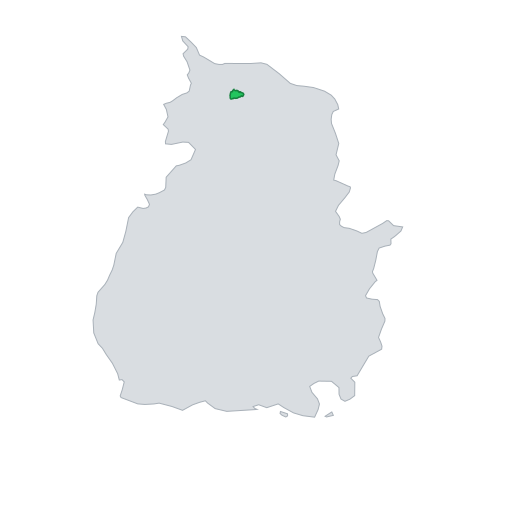 Ban Lung, Rôtânôkiri, Cambodia (highlighted), rotated 292°
{"feature_id": "14789045B59370140697229", "entity_name": "Ban Lung", "entity_type": "district", "adm_level": 2, "iso_a3": "KHM", "parent_name": "Cambodia", "parent_adm1": "Rôtânôkiri", "projection": "albers", "projection_center": [107.039, 13.672], "detail": "fine", "context": "in_parent", "style": "filled", "palette": "green", "viewbox_px": 512, "rotation_deg": 292, "n_neighbors": 0, "source": "geoboundaries", "source_scale": "gbopen_adm2", "svg_char_len": 4959}
<svg xmlns="http://www.w3.org/2000/svg" viewBox="0 0 512 512"><g transform="rotate(292 256 256)"><path d="M431.7,104.6L432.8,108.5L429.9,115.9L426.9,122.6L421.1,128.4L420.9,132.7L418.9,145.6L419.7,149.7L421.0,153.1L422.9,155.0L427.9,167.6L432.5,179.0L437.0,188.3L437.8,194.3L433.7,209.3L428.9,223.1L429.3,230.0L431.4,236.9L433.7,246.1L434.5,257.8L433.3,265.5L431.1,270.2L427.0,275.1L423.3,277.6L419.0,273.5L415.5,273.3L410.8,274.5L407.1,276.4L399.6,283.6L391.3,290.6L379.8,292.3L375.4,297.5L370.6,298.2L361.5,298.4L355.5,299.6L355.8,302.2L355.3,314.5L355.4,317.4L354.5,318.1L350.3,318.5L343.4,316.6L333.9,313.5L327.2,313.0L323.8,318.3L321.7,320.4L319.1,320.7L316.5,321.7L315.6,324.0L315.3,327.0L316.6,332.1L317.0,340.2L316.7,345.7L319.1,349.3L333.5,361.1L337.8,364.0L338.3,365.8L335.7,372.2L337.9,381.1L333.4,381.0L325.8,377.1L322.2,374.7L317.9,376.6L316.3,376.2L313.4,371.8L309.5,367.2L305.6,366.9L297.1,368.6L288.5,369.8L285.2,369.8L283.9,370.6L278.8,377.3L276.7,376.1L268.1,373.5L260.2,372.4L258.5,374.2L259.4,379.7L261.1,385.0L260.1,387.3L255.7,390.0L249.9,395.1L246.4,399.0L243.9,399.9L235.1,399.7L226.4,400.1L222.9,403.8L219.6,406.6L216.7,407.4L205.4,398.1L182.8,394.6L180.4,390.5L178.2,389.7L176.0,394.9L163.5,399.8L158.4,396.7L154.6,392.9L155.2,388.4L158.9,384.8L165.1,382.2L168.1,372.9L163.5,361.0L159.5,357.4L155.2,354.6L150.5,359.0L146.6,366.5L142.5,370.3L136.8,371.1L128.5,370.7L125.5,359.3L124.6,349.6L125.9,338.5L127.2,332.0L119.4,322.8L119.1,314.2L115.3,309.7L114.2,311.9L114.2,314.4L113.2,312.6L101.0,287.1L99.2,275.3L101.5,266.3L102.8,263.3L99.2,258.5L94.3,253.0L85.4,245.7L85.0,234.5L83.3,221.3L80.6,216.8L76.7,208.5L74.6,201.8L74.2,183.9L75.4,182.5L81.7,182.1L89.9,181.0L91.2,178.1L89.8,175.7L95.1,171.8L102.7,163.1L108.6,154.0L112.9,148.2L115.5,142.5L123.9,134.4L135.6,128.9L143.4,127.7L151.6,125.9L159.5,123.3L163.2,123.1L172.8,126.5L178.0,127.4L183.5,127.5L189.2,127.9L194.2,127.6L206.1,125.4L218.7,127.4L230.0,126.1L243.9,123.5L250.8,125.3L257.0,128.0L257.8,133.5L259.2,136.0L261.3,137.9L264.0,137.9L267.6,134.1L270.6,130.3L271.6,129.6L271.7,131.5L273.2,135.7L275.8,139.9L278.5,142.7L282.9,146.4L285.8,146.6L295.4,143.2L309.7,148.3L311.3,150.8L315.9,156.0L320.9,159.7L332.1,160.0L336.1,150.9L334.2,145.4L327.8,135.8L326.1,130.1L328.2,129.1L338.9,128.1L340.7,127.0L343.1,120.8L346.0,121.5L352.0,122.3L358.3,118.0L362.0,113.6L364.0,115.6L366.3,118.8L368.7,120.6L373.2,123.3L378.2,127.1L381.3,130.8L383.8,132.3L390.2,131.2L391.9,131.4L395.6,126.9L398.2,124.4L400.4,125.1L403.6,125.1L410.3,119.3L414.1,114.1L416.2,112.6L422.2,115.2L424.6,114.7L428.0,107.5L431.7,104.6ZM121.5,344.3L120.2,345.0L119.0,344.9L117.9,343.9L118.1,339.8L119.0,337.3L121.0,336.9L121.5,344.3ZM139.8,384.7L137.2,387.4L133.2,381.7L133.3,380.1L139.8,384.7Z" fill="#d9dde1" stroke="#a8b0b8" stroke-width="1"/><path d="M402.1,173.1L401.6,172.9L401.4,172.7L401.2,172.6L400.7,172.5L400.3,172.5L400.1,172.5L399.9,172.5L399.5,172.5L399.4,172.4L399.3,172.2L399.2,172.0L399.2,171.9L399.2,171.7L399.0,171.4L398.9,171.3L398.7,171.3L398.4,171.3L398.2,171.3L397.9,171.3L397.7,171.3L397.3,171.4L397.1,171.4L396.9,171.4L396.7,171.5L396.4,171.5L396.2,171.6L395.9,171.7L395.7,171.7L395.4,171.7L395.3,171.8L395.2,171.8L394.9,171.9L394.8,172.0L394.7,172.0L394.4,172.2L394.3,172.3L394.1,172.4L393.9,172.5L393.7,172.6L393.3,172.7L393.2,172.7L392.9,172.9L392.6,173.1L392.2,173.6L392.2,173.8L392.2,174.1L392.3,174.3L392.4,174.5L392.5,174.6L392.7,174.8L392.8,174.9L392.8,175.0L393.0,175.1L393.2,175.3L393.3,175.4L393.3,175.6L393.5,175.9L393.5,176.0L393.8,176.1L394.0,176.2L394.1,176.3L394.2,176.5L394.3,176.8L394.3,177.0L394.4,177.3L394.4,177.5L394.5,177.7L394.5,177.8L394.6,178.0L394.7,178.3L394.8,178.5L395.0,178.9L395.1,179.0L395.3,179.3L395.4,179.5L395.5,179.7L395.7,179.8L395.9,179.9L396.2,180.1L396.3,180.2L396.4,180.3L396.7,180.4L396.9,180.5L397.0,180.6L397.1,180.8L397.1,181.1L397.2,181.3L397.3,181.5L397.5,181.6L397.6,181.8L397.8,181.9L397.9,182.0L398.0,182.0L398.3,182.2L398.4,182.3L398.5,182.2L398.7,182.3L398.8,182.3L399.0,182.5L399.0,182.8L399.0,183.0L398.9,183.3L398.9,183.5L399.0,183.9L399.3,184.0L399.5,184.0L399.9,184.0L400.2,184.1L400.5,184.1L400.9,184.2L401.2,184.1L401.3,184.0L401.3,183.9L401.5,183.7L401.6,183.8L401.7,183.7L401.8,183.5L402.0,183.3L402.0,183.2L402.2,182.7L402.1,182.2L402.1,181.8L402.1,181.4L402.1,181.1L402.3,181.0L402.2,181.0L402.2,180.9L402.1,181.0L402.1,180.8L402.1,180.7L401.9,180.5L401.9,180.4L401.9,180.2L401.8,179.9L401.7,179.8L401.7,179.7L401.8,179.7L401.7,179.6L401.8,179.5L401.8,179.4L401.7,179.4L401.5,179.2L401.5,178.9L401.8,178.8L402.0,178.8L402.0,178.7L402.0,178.4L401.9,178.2L402.0,178.0L402.0,177.9L402.2,177.7L402.3,177.7L402.4,177.4L402.4,177.2L402.3,176.9L402.4,176.7L402.3,176.4L402.4,176.2L402.2,175.9L402.1,175.7L401.9,175.4L401.7,175.4L401.7,175.2L401.6,174.9L401.6,174.7L401.6,174.4L401.6,174.2L401.7,173.9L401.7,173.7L401.8,173.6L401.8,173.4L402.0,173.2L402.1,173.1Z" fill="#22c55e" stroke="#15803d" stroke-width="1.5"/></g></svg>